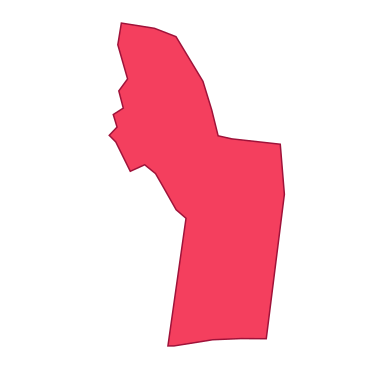 Bosso, Diffa, Niger (Mercator projection), rotated 99°
{"feature_id": "23599985B85188331861732", "entity_name": "Bosso", "entity_type": "district", "adm_level": 2, "iso_a3": "NER", "parent_name": "Niger", "parent_adm1": "Diffa", "projection": "mercator", "projection_center": [13.21, 13.719], "detail": "fine", "context": "isolated", "style": "filled", "palette": "rose", "viewbox_px": 384, "rotation_deg": 99, "n_neighbors": 0, "source": "geoboundaries", "source_scale": "gbopen_adm2", "svg_char_len": 511}
<svg xmlns="http://www.w3.org/2000/svg" viewBox="0 0 384 384"><g transform="rotate(99 192 192)"><path d="M131.0,112.3L133.3,161.1L132.4,175.0L108.0,185.3L81.0,198.5L41.1,232.1L36.2,254.6L36.2,288.2L58.2,288.3L90.4,273.3L103.6,280.1L119.9,273.0L127.8,281.9L139.6,276.2L149.0,282.6L154.5,275.1L181.2,256.2L172.5,243.0L179.5,230.9L190.5,222.0L212.0,204.9L218.9,193.8L347.8,191.7L346.8,185.6L334.7,148.5L329.1,120.7L325.3,95.7L179.8,100.4L131.0,112.3Z" fill="#f43f5e" stroke="#9f1239" stroke-width="1.5"/></g></svg>